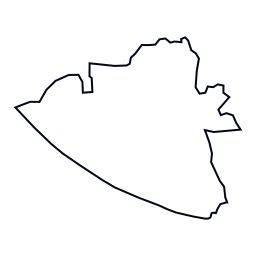 the district of Nishan, Kashkadarya, Uzbekistan
{"feature_id": "79887680B39289348705167", "entity_name": "Nishan", "entity_type": "district", "adm_level": 2, "iso_a3": "UZB", "parent_name": "Uzbekistan", "parent_adm1": "Kashkadarya", "projection": "equal_earth", "projection_center": [65.65, 38.476], "detail": "fine", "context": "isolated", "style": "outline", "palette": "ink", "viewbox_px": 256, "rotation_deg": 0, "n_neighbors": 0, "source": "geoboundaries", "source_scale": "gbopen_adm2", "svg_char_len": 1065}
<svg xmlns="http://www.w3.org/2000/svg" viewBox="0 0 256 256"><path d="M126.5,65.5L114.5,65.9L89.6,63.3L89.5,76.3L91.7,78.1L92.4,92.0L82.9,92.7L82.4,81.9L78.4,74.8L68.7,75.0L55.6,80.8L46.4,89.8L39.5,101.9L30.1,101.8L20.6,105.4L15.4,107.5L34.4,127.7L51.1,143.8L62.6,153.4L80.2,165.5L102.3,180.0L114.3,187.2L127.0,192.7L138.4,197.6L158.9,205.4L167.0,209.1L175.9,212.5L193.1,216.5L204.9,218.6L208.2,218.6L210.4,217.5L211.5,213.4L212.3,212.8L214.4,212.8L215.8,213.2L217.7,208.5L220.3,204.2L226.3,202.4L227.2,202.4L225.3,197.5L224.1,186.7L219.8,180.9L216.4,173.5L211.1,162.0L212.0,153.8L209.4,142.4L204.9,130.1L213.8,132.0L240.6,129.6L236.4,123.3L232.9,115.3L226.5,113.2L220.8,115.1L218.4,109.6L222.8,104.6L229.3,97.1L223.4,92.7L223.5,85.6L217.8,84.4L213.2,87.2L207.8,86.5L205.3,92.7L199.6,93.7L195.6,87.2L196.8,70.7L198.9,58.6L195.9,53.4L191.3,50.2L188.2,40.6L185.2,37.4L181.2,39.0L181.4,42.2L174.6,41.5L170.3,42.6L165.4,38.5L159.5,39.3L155.4,44.6L148.3,45.1L141.8,45.0L135.2,53.7L130.9,57.6L129.7,63.8L126.5,65.5Z" fill="none" stroke="#020617" stroke-width="2"/></svg>